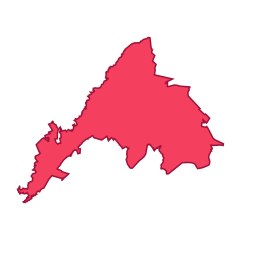 the district of Socoltenango, Chiapas, Mexico, rotated 101°
{"feature_id": "50627088B25618251914079", "entity_name": "Socoltenango", "entity_type": "district", "adm_level": 2, "iso_a3": "MEX", "parent_name": "Mexico", "parent_adm1": "Chiapas", "projection": "albers", "projection_center": [-92.326, 16.102], "detail": "fine", "context": "isolated", "style": "filled", "palette": "rose", "viewbox_px": 256, "rotation_deg": 101, "n_neighbors": 0, "source": "geoboundaries", "source_scale": "gbopen_adm2", "svg_char_len": 5971}
<svg xmlns="http://www.w3.org/2000/svg" viewBox="0 0 256 256"><g transform="rotate(101 128 128)"><path d="M207.5,202.6L205.2,201.9L203.2,199.9L203.1,199.2L193.1,195.8L191.0,194.4L189.3,193.9L190.2,182.9L191.7,183.0L191.7,182.6L190.7,182.2L190.0,181.4L189.4,181.9L188.1,180.2L184.3,177.5L183.5,184.5L182.7,185.1L181.7,189.7L179.0,188.7L178.5,188.1L176.6,187.1L175.7,187.1L171.0,184.7L169.2,183.1L168.2,182.7L166.6,180.4L166.5,178.9L166.0,179.1L165.8,179.6L165.3,179.5L165.1,179.0L165.4,178.5L165.1,178.3L164.2,178.7L163.8,178.1L162.7,178.1L161.9,177.4L161.7,177.7L160.9,177.3L159.8,176.1L160.0,175.9L159.2,174.8L160.8,173.4L162.8,172.3L161.9,170.3L157.6,170.8L158.0,172.5L156.2,173.2L154.5,172.1L154.5,172.4L154.2,172.4L154.1,172.0L152.9,170.9L150.5,169.7L146.8,166.8L146.5,165.7L146.3,166.0L144.2,163.2L142.5,161.8L142.3,161.1L144.0,159.7L144.8,151.5L140.1,147.1L144.3,144.8L142.8,143.7L142.4,144.2L141.8,143.1L140.6,142.3L142.5,139.9L141.5,139.9L140.9,139.2L145.3,133.8L146.2,133.1L146.1,132.9L147.7,131.0L147.6,130.7L147.8,130.4L149.3,129.6L148.4,128.2L147.5,127.7L146.8,126.2L147.9,124.4L147.7,123.4L149.7,124.3L151.1,124.5L154.4,124.1L155.6,123.4L157.4,123.3L159.2,123.8L163.5,121.6L166.6,118.6L166.9,117.3L166.5,116.0L158.1,110.8L153.5,107.0L150.3,105.7L141.1,105.7L140.2,105.4L140.6,104.2L139.8,103.4L143.6,99.2L143.1,99.0L144.3,97.9L144.7,97.9L144.2,98.4L144.6,98.7L145.2,98.0L144.9,97.8L144.1,97.8L143.9,96.9L143.1,96.9L141.7,95.3L142.8,95.0L141.3,94.8L138.8,92.0L139.7,92.6L140.2,92.3L142.6,93.3L143.7,93.3L144.8,92.6L145.7,91.1L146.6,90.5L147.3,88.8L148.6,88.7L151.0,87.0L152.8,87.7L153.1,87.2L154.0,86.9L155.9,87.4L158.1,88.5L159.0,88.0L161.4,87.9L161.8,87.6L161.3,86.9L161.5,84.1L162.4,83.2L162.6,82.2L165.0,81.7L165.7,81.1L165.2,79.5L151.7,68.1L150.3,62.1L149.9,58.4L150.1,57.0L150.7,55.4L154.6,51.9L152.7,47.2L150.3,43.5L148.5,41.3L146.2,41.2L144.7,41.6L141.6,43.2L139.5,43.3L134.5,42.1L134.5,41.7L133.3,42.4L132.9,41.6L132.1,41.4L129.1,43.4L128.5,39.6L127.1,34.4L127.0,31.3L125.3,31.3L123.0,40.4L121.9,42.5L112.3,50.1L111.5,51.1L112.5,51.7L112.4,56.0L108.8,56.6L108.2,54.0L106.0,56.1L105.5,56.0L108.1,51.8L102.8,49.7L99.5,54.5L100.2,55.5L96.1,61.8L95.2,61.0L85.1,75.0L81.4,76.1L79.0,75.2L77.9,75.7L77.2,75.6L76.6,75.0L75.9,75.2L77.1,85.8L76.7,87.2L77.0,90.9L79.4,95.7L79.8,97.2L75.7,97.9L76.8,99.6L75.7,99.4L71.4,93.6L70.8,112.2L66.4,112.3L63.8,113.1L60.2,112.6L57.7,116.6L51.7,115.6L49.7,119.1L47.7,119.3L47.0,118.9L47.0,119.4L45.7,119.7L45.0,120.6L35.3,123.6L35.2,125.4L36.7,126.7L38.2,129.8L40.2,131.2L40.4,132.1L41.5,132.2L42.0,133.0L43.2,137.0L43.0,137.4L44.8,140.4L51.4,145.9L52.2,145.8L52.7,146.5L54.1,146.9L55.8,147.2L56.3,146.9L56.7,148.3L59.1,147.9L61.2,150.1L63.7,150.7L66.3,152.2L66.9,151.9L68.3,152.5L69.0,153.1L69.2,154.1L70.6,154.6L70.9,155.3L70.9,156.6L71.0,157.0L71.5,156.9L72.2,157.8L72.8,157.3L74.1,158.5L76.9,158.5L76.9,159.9L77.6,159.8L78.1,160.2L80.0,159.5L83.0,159.6L83.0,157.6L83.2,157.0L83.5,156.9L83.8,157.0L83.9,158.5L85.5,158.1L85.9,159.5L86.8,160.4L89.1,160.7L89.9,161.2L90.3,162.1L92.6,162.5L93.8,163.1L94.7,165.3L94.9,167.9L95.7,169.6L97.7,169.5L98.0,169.2L97.8,168.3L98.6,168.1L99.8,169.3L100.3,170.4L99.8,170.5L100.0,171.6L100.9,170.2L101.2,170.2L102.3,171.2L102.8,172.2L103.2,172.5L104.1,172.4L104.3,173.4L104.6,173.6L105.6,171.9L106.3,171.4L107.6,171.7L108.3,172.2L108.3,173.2L108.9,173.7L110.4,173.4L111.7,174.1L112.1,173.7L111.7,174.2L112.3,174.1L113.0,173.3L114.0,173.2L114.9,173.5L115.3,174.0L116.2,172.8L116.8,172.6L117.2,172.9L116.6,173.9L117.2,174.6L119.0,175.0L120.3,175.9L122.0,176.2L122.7,175.6L123.6,176.2L125.6,176.5L126.0,177.4L125.8,178.0L127.0,177.9L128.1,178.6L129.0,180.3L129.0,181.3L129.8,181.2L130.8,182.2L131.7,180.3L132.9,179.3L133.7,179.2L134.3,178.6L134.9,178.8L136.2,180.3L135.5,180.9L135.8,181.3L135.6,181.5L135.0,180.9L134.4,181.2L135.2,182.1L135.9,182.3L135.3,183.3L136.5,182.0L138.3,181.3L139.5,181.7L140.4,181.7L140.7,182.9L141.5,182.2L141.9,183.0L140.9,186.2L143.2,187.8L142.1,189.1L143.5,192.1L140.0,194.7L140.9,195.1L144.0,193.6L144.3,194.4L145.4,194.4L146.4,192.6L146.9,192.4L147.3,192.6L150.0,192.0L150.0,192.6L150.3,192.0L150.8,192.1L151.2,193.0L154.7,191.5L155.3,191.7L155.9,191.4L156.1,192.8L157.2,193.8L155.8,196.0L152.8,197.6L152.1,195.3L145.9,196.4L142.5,196.1L141.1,197.2L140.4,198.4L138.8,199.1L137.5,202.6L136.9,202.7L136.4,202.4L135.9,203.4L138.3,204.6L139.4,206.6L145.0,201.5L147.2,205.1L147.7,204.7L147.4,204.3L148.0,203.6L148.3,204.0L148.5,203.7L148.8,204.1L148.6,204.3L151.3,208.1L154.0,207.0L152.5,204.3L153.0,203.9L154.2,203.7L154.4,204.4L155.9,203.3L156.3,203.8L153.8,208.8L155.0,210.3L161.9,214.9L168.5,210.6L168.4,210.3L169.6,209.4L171.9,211.2L172.7,213.0L174.0,213.6L175.4,213.3L178.3,210.3L179.1,212.1L180.1,212.8L180.6,213.0L181.4,212.7L182.1,212.0L182.4,210.7L182.7,212.6L183.6,212.7L184.1,212.0L184.9,212.0L186.6,212.8L187.4,213.5L187.5,213.1L187.0,212.6L187.4,211.7L187.2,211.0L187.9,210.9L188.3,210.0L189.8,210.2L191.2,212.8L193.6,213.8L194.3,213.3L195.3,211.9L197.9,211.8L198.9,212.4L199.4,213.5L201.0,215.4L201.6,215.1L203.4,215.4L204.4,214.9L205.8,214.8L207.0,215.1L206.8,216.2L207.5,217.8L207.1,219.6L207.4,220.0L208.7,220.3L209.1,221.4L208.9,222.3L207.5,222.9L206.2,223.0L206.0,223.3L209.1,224.1L209.2,224.7L209.9,224.5L211.1,223.3L211.2,222.9L211.7,223.1L213.3,221.5L212.7,221.3L212.2,221.5L212.4,220.8L212.0,219.5L212.1,219.1L211.5,218.6L212.1,218.4L212.4,217.4L211.6,215.7L211.8,215.6L211.6,215.0L210.8,214.6L213.2,212.4L215.2,213.6L215.3,213.0L215.9,214.0L216.2,214.0L216.4,213.3L216.9,214.0L217.9,214.4L218.9,215.5L219.8,215.4L220.4,216.7L220.8,216.3L220.4,215.9L220.8,214.8L219.7,214.1L219.5,213.0L218.5,212.6L217.6,210.9L217.2,210.9L215.7,209.2L215.1,209.0L215.0,209.8L214.5,210.0L214.1,209.9L214.0,209.5L212.9,209.9L212.2,208.7L212.4,208.4L213.2,208.8L213.0,207.9L212.0,207.8L212.2,206.6L211.8,206.1L211.4,205.9L210.4,206.1L210.3,205.0L209.4,205.5L207.5,204.9L207.3,204.4L207.5,202.6Z" fill="#f43f5e" stroke="#9f1239" stroke-width="1.5"/></g></svg>